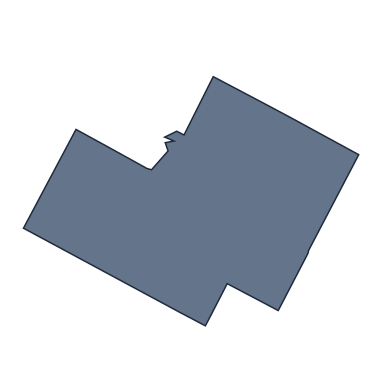 White, Indiana, United States of America (Natural Earth projection), rotated 208°
{"feature_id": "52423323B46958637161995", "entity_name": "White", "entity_type": "district", "adm_level": 2, "iso_a3": "USA", "parent_name": "United States of America", "parent_adm1": "Indiana", "projection": "natural_earth1", "projection_center": [-86.852, 40.737], "detail": "fine", "context": "isolated", "style": "filled", "palette": "slate", "viewbox_px": 384, "rotation_deg": 208, "n_neighbors": 0, "source": "geoboundaries", "source_scale": "gbopen_adm2", "svg_char_len": 462}
<svg xmlns="http://www.w3.org/2000/svg" viewBox="0 0 384 384"><g transform="rotate(208 192 192)"><path d="M323.8,80.9L146.2,80.0L117.4,80.1L117.4,90.3L117.9,127.6L60.2,127.8L60.8,192.3L61.6,195.1L62.3,303.2L110.3,303.7L120.3,303.8L139.5,304.0L177.6,304.0L227.4,303.8L225.8,238.6L234.0,238.5L241.9,227.6L231.9,228.5L238.8,223.0L232.4,217.0L238.2,192.6L243.0,191.6L284.6,192.3L323.8,192.8L323.8,80.9Z" fill="#64748b" stroke="#1e293b" stroke-width="1.5"/></g></svg>